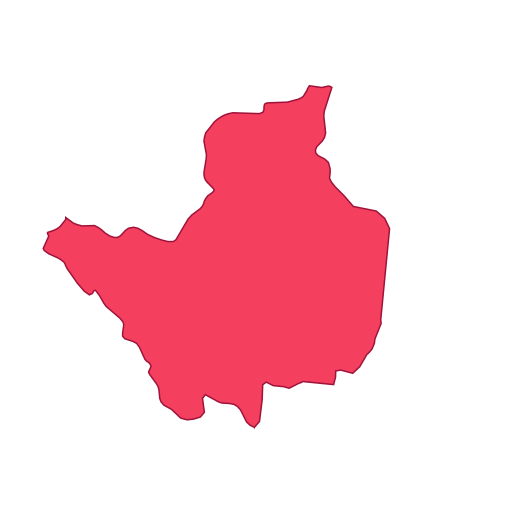 outline of Región Metropolitana de Santiago, rotated 140°
{"feature_id": "CHL-2698", "entity_name": "Región Metropolitana de Santiago", "entity_type": "Region", "adm_level": 1, "iso_a3": "CHL", "parent_name": "Chile", "parent_adm1": "", "projection": "equal_earth", "projection_center": [-70.53, -33.621], "detail": "fine", "context": "isolated", "style": "filled", "palette": "rose", "viewbox_px": 512, "rotation_deg": 140, "n_neighbors": 0, "source": "natural_earth", "source_scale": "10m", "svg_char_len": 2387}
<svg xmlns="http://www.w3.org/2000/svg" viewBox="0 0 512 512"><g transform="rotate(140 256 256)"><path d="M367.5,125.7L367.6,126.3L369.3,130.1L369.9,134.8L366.8,148.0L366.9,152.6L368.3,156.6L371.0,159.9L376.8,165.5L378.6,168.6L384.0,182.4L388.5,181.3L396.0,169.5L402.1,168.4L408.3,171.0L414.0,174.7L417.9,180.2L419.3,192.8L422.4,200.8L422.5,205.4L421.2,208.9L416.7,215.4L414.9,218.9L414.3,222.7L413.6,233.4L413.0,236.0L411.6,236.9L408.2,238.4L407.1,239.4L406.5,241.8L406.8,243.8L407.4,245.8L407.5,248.2L403.9,261.2L403.6,265.7L405.1,269.5L409.7,277.0L409.7,280.4L407.5,282.9L401.6,288.2L400.3,290.8L400.2,295.8L403.2,313.6L402.9,317.6L401.3,326.5L401.0,332.9L402.6,333.6L405.4,332.5L408.6,333.3L410.2,339.5L410.3,350.1L408.8,367.6L408.0,371.0L407.3,372.9L407.1,375.0L407.9,378.8L409.0,381.9L413.3,390.8L414.7,396.3L414.1,398.6L402.1,404.4L401.6,405.6L401.4,407.1L400.5,408.0L394.3,405.6L390.7,404.7L387.1,404.5L378.3,406.3L377.0,407.8L374.8,398.6L372.7,394.8L369.9,390.8L360.1,383.1L358.5,379.1L357.5,375.5L356.8,370.5L355.1,365.3L352.9,361.6L350.2,359.3L347.1,358.6L339.7,359.5L335.7,359.2L331.3,356.7L328.6,353.1L326.9,348.8L325.2,342.4L322.0,335.5L317.6,328.3L314.2,323.7L310.0,320.2L306.9,319.9L284.4,327.9L278.7,328.7L268.2,328.1L264.4,328.8L262.2,330.0L260.2,331.3L257.6,332.3L254.3,333.1L249.3,332.7L247.1,332.8L245.6,333.3L245.3,335.0L245.9,342.9L246.0,343.3L245.9,346.5L245.0,349.3L243.8,351.4L241.9,353.7L231.9,362.3L228.9,365.4L222.0,377.5L219.0,380.2L215.4,382.6L201.7,385.5L196.9,385.5L190.8,384.6L186.4,383.1L181.8,380.7L161.9,362.9L158.4,361.7L155.9,362.9L154.1,365.0L151.9,366.8L149.9,366.5L148.1,365.4L133.2,353.8L122.8,348.9L119.4,348.0L117.1,347.9L110.5,350.1L109.0,351.0L105.7,352.1L97.3,342.8L91.4,339.7L90.5,338.8L89.5,336.4L110.2,323.3L112.5,321.3L114.4,319.2L123.5,305.6L127.3,302.8L131.1,301.5L139.0,300.7L142.2,299.1L144.0,296.6L143.9,292.9L141.0,286.0L140.4,281.2L143.0,275.4L145.7,272.1L149.7,268.3L150.7,264.3L150.9,258.2L149.8,245.4L149.6,231.4L135.0,213.2L133.2,202.1L136.1,191.1L201.4,127.0L203.5,123.9L218.4,115.9L221.1,113.3L222.0,112.7L226.9,110.2L231.3,109.4L234.4,109.3L247.7,104.5L257.3,104.0L264.4,114.1L268.8,116.7L272.9,112.1L279.2,107.6L300.9,129.8L302.7,130.0L304.8,130.9L315.6,133.4L318.7,138.0L326.1,145.6L329.2,152.8L333.6,153.1L343.8,141.8L359.7,127.0L367.4,125.8L367.5,125.7Z" fill="#f43f5e" stroke="#9f1239" stroke-width="1.5"/></g></svg>